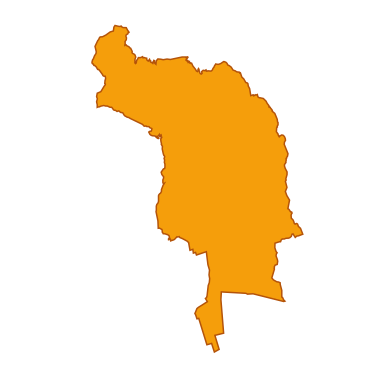 the district of Turt, Satu Mare, Romania, rotated 277°
{"feature_id": "2599482B52636092588365", "entity_name": "Turt", "entity_type": "district", "adm_level": 2, "iso_a3": "ROU", "parent_name": "Romania", "parent_adm1": "Satu Mare", "projection": "natural_earth1", "projection_center": [23.217, 48.001], "detail": "fine", "context": "isolated", "style": "filled", "palette": "amber", "viewbox_px": 384, "rotation_deg": 277, "n_neighbors": 0, "source": "geoboundaries", "source_scale": "gbopen_adm2", "svg_char_len": 6079}
<svg xmlns="http://www.w3.org/2000/svg" viewBox="0 0 384 384"><g transform="rotate(277 192 192)"><path d="M348.1,101.4L347.5,100.4L347.5,98.6L347.9,95.3L346.1,94.4L342.2,94.3L340.9,91.3L337.3,87.4L335.2,84.3L334.7,82.0L334.0,81.4L331.8,80.7L330.8,80.0L324.7,78.0L319.8,79.8L317.9,79.9L315.2,78.6L312.3,77.9L311.0,77.2L308.6,76.9L307.6,77.2L307.1,77.7L307.0,78.4L305.7,79.2L305.7,79.9L304.6,81.6L302.2,83.4L302.1,83.9L302.3,83.9L301.8,85.0L297.5,89.0L296.7,89.4L296.2,90.5L296.3,91.8L294.3,92.4L292.6,92.3L292.4,92.1L289.0,92.2L288.7,92.8L288.0,92.9L286.3,91.9L280.5,89.3L278.5,85.9L275.0,85.7L273.0,86.7L269.9,86.3L267.1,87.3L264.5,87.6L264.9,88.2L265.2,89.6L266.2,91.3L267.1,93.9L266.8,95.8L267.0,97.5L266.1,100.3L266.3,101.9L265.5,102.8L264.1,104.0L263.7,104.8L263.7,106.2L262.8,107.8L263.6,109.4L262.3,111.4L262.2,113.4L262.0,113.8L260.1,115.2L259.1,116.5L258.9,117.4L258.4,118.4L258.2,120.2L257.4,121.9L253.1,134.6L251.5,136.5L251.9,138.4L251.5,138.9L251.6,141.4L250.7,142.2L250.1,144.4L249.2,144.5L247.5,144.1L247.2,143.8L247.2,143.1L246.9,142.4L246.2,141.8L244.1,143.2L243.4,144.3L243.0,145.7L243.1,148.4L241.7,150.2L241.0,151.6L241.0,152.3L241.4,152.6L241.7,152.5L241.8,151.7L242.4,151.2L242.3,150.8L242.9,150.3L243.2,151.4L244.8,152.4L243.8,152.5L243.4,152.9L243.5,153.5L243.9,154.1L244.6,153.8L245.0,154.3L244.4,154.6L242.9,154.3L242.5,154.7L242.7,155.2L242.4,155.3L240.9,154.5L238.8,154.9L236.2,155.8L235.6,155.7L233.6,157.1L231.1,157.2L226.3,158.9L224.9,159.6L224.6,160.1L223.6,160.6L221.8,160.2L220.5,160.9L217.9,161.0L216.5,161.7L213.6,162.1L212.0,162.0L211.4,160.8L207.9,159.0L205.6,160.0L203.6,162.0L201.9,162.0L200.4,161.6L197.6,162.0L196.7,162.7L197.2,163.4L195.2,162.5L190.7,161.4L188.7,161.6L187.0,160.9L186.4,160.2L185.1,159.4L184.2,159.2L178.7,159.9L177.0,159.6L175.3,158.6L173.6,158.3L169.7,158.8L168.1,158.7L159.2,161.7L151.9,162.9L152.2,164.1L151.3,166.1L151.3,166.5L150.8,166.9L148.3,167.5L147.8,168.1L147.1,168.5L147.2,170.5L146.8,171.9L146.8,172.8L145.8,174.6L144.0,175.2L142.6,174.4L141.2,174.6L142.0,174.9L142.9,175.9L142.0,176.6L140.9,176.8L142.2,179.5L142.8,180.4L145.8,182.6L145.6,183.4L146.2,184.7L145.3,185.5L144.6,188.1L142.7,193.0L141.4,194.8L133.9,197.1L135.2,199.8L131.5,200.8L132.5,202.9L130.0,204.1L134.5,213.5L121.7,216.7L116.6,218.9L111.8,219.0L108.1,220.1L104.1,220.2L101.2,219.5L90.8,219.6L89.0,219.3L88.0,218.3L85.0,220.6L78.3,212.4L76.9,211.1L71.7,209.7L70.7,210.5L66.7,212.4L67.4,214.1L42.2,225.4L44.1,229.9L35.9,233.7L39.1,238.1L52.5,232.2L55.7,240.6L88.7,233.8L96.4,233.3L98.0,257.5L97.9,258.2L97.4,259.5L98.4,265.0L94.5,296.4L95.0,297.5L96.1,296.1L98.4,294.7L98.5,294.1L98.9,293.9L105.3,293.1L110.8,290.9L112.7,290.5L113.2,288.9L113.2,287.1L114.7,283.5L116.5,281.7L125.5,283.2L126.3,282.8L126.7,283.0L127.8,282.8L129.5,283.4L130.5,285.4L133.7,285.5L135.5,284.9L138.8,283.2L141.0,283.3L142.0,283.9L143.2,282.7L146.8,281.0L151.3,280.6L153.7,285.7L153.4,285.8L153.5,286.0L155.1,286.3L156.3,287.2L156.6,289.3L157.5,290.9L158.0,293.6L158.7,294.8L160.1,296.0L162.3,296.4L162.7,297.4L159.5,300.0L161.0,301.3L161.5,303.1L163.6,307.1L169.2,304.1L170.8,301.8L173.0,300.7L173.5,299.8L173.4,299.3L172.7,298.3L173.2,297.4L175.3,296.5L176.7,295.6L178.1,293.8L180.8,293.2L182.3,293.4L183.3,293.9L184.3,293.3L184.3,292.3L186.5,290.4L186.9,289.8L187.1,289.2L195.8,289.8L200.1,286.5L203.9,284.6L208.1,285.7L214.0,283.4L215.4,284.0L216.3,283.5L220.8,284.2L223.5,283.9L226.9,281.6L229.1,280.6L230.6,280.5L232.6,281.6L232.8,281.4L235.3,281.6L236.5,281.3L237.1,281.8L237.8,281.7L239.0,282.4L241.7,282.6L250.6,277.7L252.9,277.7L254.6,278.5L256.3,278.1L258.1,277.1L259.3,275.8L259.5,275.0L259.5,274.0L258.7,273.1L258.7,272.6L257.4,271.9L257.5,271.7L259.3,270.5L260.1,270.3L262.1,268.4L266.1,268.2L266.9,268.8L267.6,268.5L269.1,269.2L271.5,268.9L271.9,268.4L274.6,267.7L280.1,264.6L282.0,261.7L282.4,261.6L282.8,261.8L284.1,260.6L284.7,259.8L285.6,259.3L285.6,258.2L286.2,258.0L286.5,258.1L286.6,257.8L287.3,257.6L289.0,255.9L291.2,254.4L293.5,251.4L293.8,248.1L293.7,247.3L294.5,245.8L296.6,245.0L296.3,244.7L296.2,244.1L296.4,243.6L295.9,242.9L295.4,242.4L295.8,241.7L295.1,241.2L295.8,240.6L294.8,238.6L301.6,236.6L303.9,235.0L306.5,234.2L307.0,233.5L307.2,232.1L310.9,229.3L311.1,228.8L312.2,227.4L316.2,225.5L316.3,225.3L315.9,224.9L316.7,224.4L316.7,221.7L317.5,220.2L318.0,217.9L320.7,215.7L322.0,213.5L322.3,212.2L324.0,211.0L324.8,210.0L325.3,208.4L325.3,207.5L323.1,205.0L322.0,203.0L321.8,201.1L322.0,200.0L319.8,198.9L318.6,198.6L317.3,197.8L315.8,197.4L314.6,196.6L314.3,195.7L314.2,193.0L314.0,192.8L313.7,191.5L314.9,191.0L314.0,189.8L314.0,189.2L314.2,188.8L314.1,188.2L312.6,186.9L310.9,187.5L310.2,186.8L310.4,186.0L311.3,185.2L314.0,184.0L314.6,184.0L315.3,183.4L314.2,183.0L313.1,183.2L312.2,182.8L312.6,181.7L314.2,180.5L317.2,177.5L319.8,175.9L319.5,175.1L320.0,174.8L319.7,174.3L319.9,173.6L321.3,173.5L321.3,173.2L320.4,172.3L321.9,171.9L322.2,170.9L321.5,171.0L322.1,170.0L322.9,170.1L324.0,170.9L324.7,171.0L325.0,171.5L325.6,171.2L325.4,170.7L324.6,170.3L324.7,169.8L325.3,170.0L324.8,165.8L320.9,154.4L320.9,151.0L319.8,147.3L320.0,144.9L319.9,141.9L317.9,140.6L314.8,140.6L315.5,140.0L314.8,140.0L315.2,139.4L317.4,138.6L317.8,138.7L318.0,138.1L316.1,137.7L316.0,137.2L315.1,137.6L314.8,137.5L315.5,136.5L315.7,135.5L316.0,135.3L316.1,134.9L316.4,134.7L317.1,134.9L317.3,134.3L318.5,133.7L317.5,133.1L317.0,133.0L316.7,132.7L317.1,132.5L317.0,132.0L317.6,131.1L319.3,130.7L319.3,129.7L319.6,128.3L319.2,127.1L320.3,126.5L319.2,124.7L318.9,123.3L319.0,122.8L318.5,122.2L317.3,121.9L315.9,121.0L313.3,120.9L312.6,120.3L313.3,119.5L313.9,119.8L315.1,119.3L317.4,119.3L318.9,119.7L319.6,119.5L321.2,118.6L321.6,118.1L322.4,116.1L322.9,115.5L324.3,115.5L327.2,113.6L327.5,112.7L328.5,111.7L329.2,109.5L330.0,108.8L330.0,108.2L329.3,107.5L329.5,107.4L331.1,107.6L333.2,107.2L335.1,108.2L337.0,108.2L338.2,107.5L339.5,107.4L340.2,107.8L341.1,109.0L342.2,109.2L342.7,110.0L343.0,110.0L343.1,109.6L344.1,109.0L344.2,108.7L347.1,106.7L346.8,103.6L347.2,102.4L348.1,101.4Z" fill="#f59e0b" stroke="#b45309" stroke-width="1.5"/></g></svg>